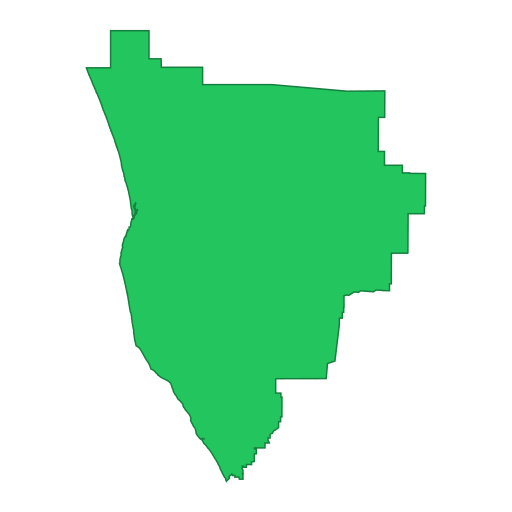 Northampton, Western Australia, Australia (Equal Earth projection)
{"feature_id": "25037944B43886071852017", "entity_name": "Northampton", "entity_type": "district", "adm_level": 2, "iso_a3": "AUS", "parent_name": "Australia", "parent_adm1": "Western Australia", "projection": "equal_earth", "projection_center": [114.191, -27.828], "detail": "fine", "context": "isolated", "style": "filled", "palette": "green", "viewbox_px": 512, "rotation_deg": 0, "n_neighbors": 0, "source": "geoboundaries", "source_scale": "gbopen_adm2", "svg_char_len": 5971}
<svg xmlns="http://www.w3.org/2000/svg" viewBox="0 0 512 512"><path d="M391.4,253.2L407.8,253.2L407.9,252.6L408.1,213.7L424.4,213.7L424.5,205.9L425.5,205.9L425.6,173.5L409.6,173.4L409.6,172.9L402.4,172.9L402.4,165.3L384.5,165.3L384.5,151.4L378.3,151.4L378.4,117.4L384.7,117.4L384.8,90.9L347.1,91.2L271.8,84.6L202.6,84.6L202.6,67.3L161.3,67.3L161.1,58.8L149.0,58.8L149.0,30.7L110.6,30.7L110.6,67.8L86.4,67.8L86.7,68.7L86.9,69.5L87.1,69.7L87.5,70.5L87.6,71.4L87.9,71.7L88.0,72.4L88.5,73.2L88.8,74.5L89.0,74.5L89.1,75.1L90.5,77.9L90.5,78.5L90.8,78.6L91.0,79.1L91.1,79.8L91.6,80.5L91.7,81.2L92.1,81.7L92.3,82.9L92.8,83.7L93.3,85.3L94.2,86.9L94.5,87.8L94.7,88.1L94.8,88.8L95.2,89.2L95.8,90.6L96.2,91.9L96.1,92.1L96.5,92.4L96.7,93.2L97.3,93.8L97.8,95.6L98.6,97.0L98.6,97.5L98.8,97.9L99.3,98.7L100.5,102.1L100.9,102.7L101.1,104.0L101.7,104.8L101.8,105.7L102.2,106.6L102.4,107.6L103.1,109.0L103.3,110.4L103.5,110.5L103.9,111.1L104.4,112.8L105.0,113.9L105.0,114.4L105.3,114.7L105.4,115.2L105.6,115.3L106.0,116.3L106.1,117.1L106.5,117.7L106.7,118.6L106.9,118.7L107.8,121.6L108.1,122.3L108.3,122.5L109.0,125.4L109.6,126.5L109.8,127.8L110.5,129.0L111.0,130.5L111.1,130.9L111.0,131.2L111.5,131.5L112.2,133.9L113.2,136.2L113.7,137.8L113.9,137.9L114.8,140.5L114.8,141.1L115.2,142.1L115.2,142.4L115.3,142.9L115.6,143.4L115.7,143.9L116.2,144.9L116.2,145.2L116.1,145.3L116.4,145.7L116.4,146.3L117.0,147.3L116.9,147.5L117.5,148.9L117.7,149.9L118.5,151.6L118.6,152.0L118.9,152.8L121.2,162.0L121.4,163.6L121.4,164.8L121.6,165.3L121.7,166.7L122.1,167.6L122.2,168.6L122.4,169.1L122.7,170.5L122.9,170.7L122.9,171.0L123.1,171.4L123.6,173.0L124.1,175.3L124.0,175.8L124.1,176.5L124.5,176.8L124.6,177.2L124.9,178.7L124.9,179.9L125.1,180.0L125.1,180.3L125.3,180.5L125.3,181.3L126.2,183.2L126.8,185.5L127.4,187.1L128.0,189.7L128.5,191.1L129.3,195.5L129.6,196.6L129.7,197.6L130.4,200.5L130.5,202.6L130.9,204.8L130.9,205.4L131.1,206.8L131.2,208.1L132.1,210.8L132.2,211.5L132.0,213.0L132.3,214.9L132.7,216.6L133.1,217.5L133.2,218.2L133.5,218.3L133.7,218.0L133.5,217.1L133.2,216.8L133.2,216.3L133.3,215.6L133.7,215.3L134.4,215.2L135.2,213.3L135.3,212.1L135.2,210.7L134.9,209.3L134.4,208.7L133.9,207.5L133.7,206.0L133.9,205.5L134.3,205.1L135.6,203.1L135.9,203.6L135.3,204.2L134.7,208.1L136.2,210.0L137.1,210.1L137.4,209.7L137.5,209.8L137.2,211.1L136.8,211.2L136.4,212.7L136.6,213.6L136.0,213.7L135.8,214.1L135.4,214.4L135.0,215.3L134.6,215.5L134.2,216.2L134.1,218.1L133.8,218.7L132.9,219.2L132.9,218.6L132.6,218.9L132.1,218.6L131.9,218.7L131.6,219.9L131.6,220.8L131.0,222.0L130.6,226.4L130.0,227.1L129.1,227.1L129.1,228.5L128.8,229.6L128.3,230.1L127.9,229.9L127.9,230.1L127.7,229.9L127.5,230.2L127.3,230.9L127.3,231.6L126.9,232.7L126.7,232.6L126.5,233.2L126.3,234.7L126.4,234.9L126.0,235.2L125.9,235.8L126.0,236.0L125.8,236.1L125.8,236.3L125.6,236.3L125.7,236.8L125.5,237.0L125.2,236.9L125.2,237.2L124.9,237.4L124.4,237.7L123.6,240.5L123.4,242.1L123.1,242.5L123.0,243.1L122.7,243.7L122.4,245.3L122.4,246.3L122.5,246.5L122.5,247.0L122.9,247.4L122.2,248.5L122.2,248.9L121.6,250.4L121.7,251.0L121.1,252.3L121.0,253.4L121.2,253.6L121.0,254.0L121.1,254.4L121.2,255.8L120.7,256.2L120.8,256.3L120.7,257.0L120.3,257.9L120.0,259.2L119.9,261.1L120.1,262.4L119.5,263.1L119.7,263.8L119.7,264.5L120.1,265.2L120.1,265.8L120.5,266.4L120.5,266.7L120.9,267.6L121.2,268.9L122.9,274.4L123.1,274.9L123.2,275.7L124.4,280.6L124.6,280.9L124.8,282.6L125.7,285.9L125.6,286.2L126.2,288.9L126.7,290.7L126.6,291.1L126.8,292.0L127.4,292.9L127.4,293.2L127.1,293.6L127.8,296.3L130.0,310.3L130.4,312.0L131.2,313.8L131.2,314.1L131.4,314.8L131.3,315.6L131.6,316.3L131.6,318.7L132.1,320.2L132.0,321.2L132.2,322.1L132.3,323.2L132.6,324.5L132.8,325.7L132.8,326.3L133.2,327.5L133.2,328.0L133.8,330.6L133.6,331.9L134.7,339.9L135.4,342.5L135.9,345.1L136.3,345.9L138.0,346.9L139.3,348.0L140.9,350.1L145.6,358.6L148.5,363.0L149.8,365.6L150.7,368.3L151.1,369.2L151.9,369.3L154.2,370.8L154.9,371.5L155.8,372.7L157.2,373.9L158.0,375.2L158.4,375.2L160.3,376.9L163.2,378.5L166.0,379.8L166.7,380.3L167.0,380.3L168.9,381.6L170.3,382.9L170.6,383.3L171.7,385.9L171.9,386.8L172.1,387.8L172.9,388.9L173.0,390.1L173.3,391.2L175.1,394.6L175.6,395.0L176.7,396.4L177.3,398.0L178.4,399.7L178.9,399.8L180.2,401.0L180.6,401.7L181.3,402.2L182.8,404.2L183.0,404.6L183.1,406.2L183.7,407.3L184.7,408.4L185.3,409.8L186.3,410.8L188.9,414.0L190.1,415.9L190.9,418.1L190.7,419.6L190.7,421.0L191.0,421.3L191.9,423.2L192.3,423.5L192.6,424.5L193.7,426.7L194.5,427.5L195.4,428.9L195.6,430.3L196.1,431.9L196.0,432.9L196.6,434.3L198.9,437.4L200.2,438.8L201.0,439.4L201.5,439.4L201.6,438.8L202.2,438.3L202.4,438.4L202.1,438.6L202.3,438.7L203.7,438.6L204.2,438.8L204.2,438.6L204.2,438.4L204.3,438.8L204.5,438.8L201.8,438.8L201.6,439.4L202.9,441.4L203.6,442.9L204.2,443.8L205.6,444.9L207.9,448.1L208.6,448.7L210.0,450.6L212.0,453.5L215.1,458.7L215.7,459.4L216.6,461.3L217.4,462.3L218.5,465.0L219.6,466.3L220.0,468.3L222.8,474.0L224.6,477.3L225.5,478.2L225.7,479.0L225.7,479.7L226.4,481.3L229.5,478.2L229.0,476.6L231.8,474.0L232.4,475.5L235.0,475.5L235.1,476.4L234.9,477.1L239.0,477.1L239.4,479.2L243.0,479.2L242.9,475.1L242.5,473.8L243.1,473.8L242.9,471.4L243.0,470.4L243.0,470.2L242.0,468.8L242.2,467.9L242.2,466.2L243.4,466.2L243.4,467.2L246.4,467.3L246.4,464.5L251.6,464.6L251.6,461.9L254.3,461.5L254.4,453.8L256.4,453.8L256.4,449.0L254.5,449.0L254.5,447.9L265.0,447.9L265.0,443.0L269.3,443.0L269.1,442.4L268.0,440.3L268.0,437.9L270.1,438.0L270.1,434.8L270.2,434.5L271.2,433.5L272.3,433.4L273.7,430.8L275.5,429.9L278.6,427.5L278.6,421.7L280.6,421.7L280.6,416.9L281.9,416.9L282.0,397.1L280.9,397.1L280.9,393.1L275.7,393.1L275.7,378.7L326.2,378.6L327.5,363.5L334.9,361.1L339.3,325.2L339.4,318.1L342.3,318.1L342.3,312.4L343.7,312.4L343.7,307.4L344.0,307.4L344.0,295.7L346.9,295.0L348.7,295.4L354.2,291.9L358.4,292.4L360.6,290.8L373.4,291.8L376.1,290.1L381.6,290.2L382.3,290.6L389.5,290.7L389.5,283.8L391.3,283.8L391.4,253.2Z" fill="#22c55e" stroke="#15803d" stroke-width="1.5"/></svg>